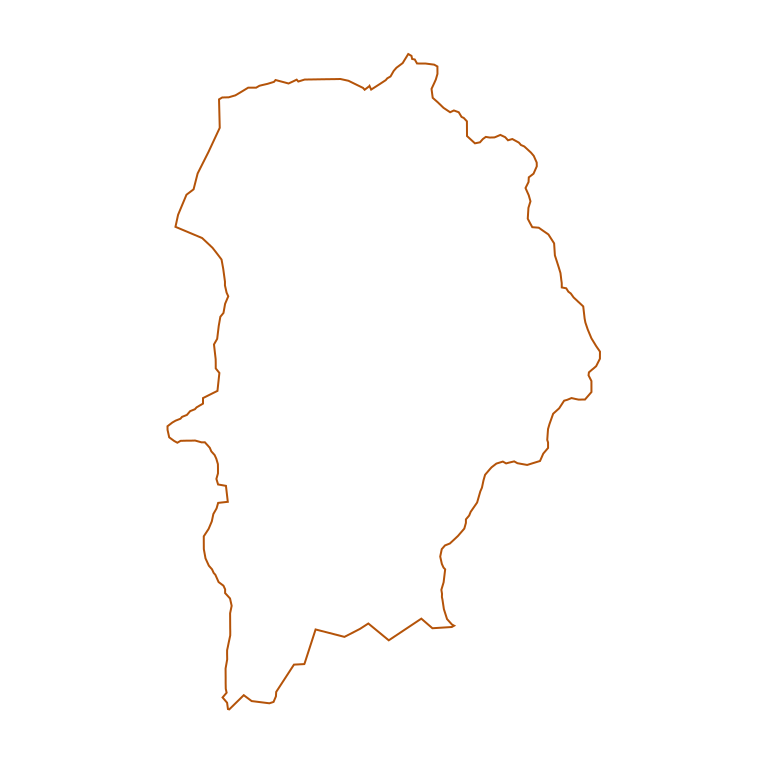 Qua'An Pan, Plateau, Nigeria, rotated 182°
{"feature_id": "59680162B7635361694273", "entity_name": "Qua'An Pan", "entity_type": "district", "adm_level": 2, "iso_a3": "NGA", "parent_name": "Nigeria", "parent_adm1": "Plateau", "projection": "robinson", "projection_center": [9.159, 8.775], "detail": "fine", "context": "isolated", "style": "outline", "palette": "amber", "viewbox_px": 768, "rotation_deg": 182, "n_neighbors": 0, "source": "geoboundaries", "source_scale": "gbopen_adm2", "svg_char_len": 3871}
<svg xmlns="http://www.w3.org/2000/svg" viewBox="0 0 768 768"><g transform="rotate(182 384 384)"><path d="M256.6,628.9L257.7,630.0L264.3,633.3L268.6,631.9L271.5,634.9L276.4,637.0L280.6,635.0L282.2,634.3L287.0,634.0L290.9,634.5L293.8,632.2L296.5,628.9L301.5,627.7L305.5,631.1L309.7,634.7L310.0,642.1L310.3,649.4L313.6,652.7L315.8,653.6L318.8,658.2L323.7,659.8L327.4,657.9L330.0,659.5L334.2,662.1L340.2,667.5L345.3,671.7L345.9,675.2L346.8,680.6L344.3,686.5L342.8,690.2L341.4,695.8L341.7,703.2L345.0,704.9L353.5,705.7L359.6,705.5L362.2,705.5L364.6,709.4L367.2,709.8L368.0,712.9L371.3,714.6L375.0,708.1L376.5,705.4L382.6,700.5L385.2,697.3L388.2,691.6L391.4,689.6L392.9,687.7L399.0,683.4L407.1,677.8L408.9,681.4L409.1,681.1L413.6,677.4L415.3,679.2L430.1,685.8L438.3,687.3L441.5,687.1L456.1,686.4L465.8,685.9L473.9,685.5L480.2,683.3L481.9,685.1L484.0,684.0L485.3,683.3L489.9,681.0L493.7,681.9L503.0,684.0L504.5,682.1L510.9,679.9L516.5,678.4L518.9,677.7L522.1,675.7L530.1,675.4L536.5,671.2L541.8,667.8L542.8,667.2L543.8,666.9L549.2,665.1L555.7,664.7L558.8,662.7L557.1,634.3L567.5,609.8L577.6,587.9L581.1,571.9L588.0,566.3L595.7,545.9L597.9,533.8L570.8,523.5L560.1,514.1L555.0,508.0L550.7,502.7L548.7,493.5L548.4,491.8L546.5,480.7L546.4,477.0L544.5,469.8L542.7,466.2L545.6,458.6L546.9,449.4L549.9,445.5L551.2,436.2L552.3,423.3L555.3,417.6L553.1,402.9L552.9,399.2L552.7,393.7L548.9,389.3L549.3,383.8L550.2,371.3L554.5,369.0L564.4,363.6L564.2,358.1L570.5,354.1L572.1,352.2L576.8,350.1L579.9,346.2L584.7,344.1L586.2,342.2L591.0,340.1L594.2,338.1L598.9,334.2L598.7,330.5L596.8,323.2L591.8,319.8L588.5,318.1L585.3,320.1L578.9,320.5L575.6,320.6L570.8,320.9L564.2,319.3L561.0,319.5L557.6,316.0L555.9,314.2L554.2,310.6L550.8,307.1L549.0,303.5L547.2,298.1L547.0,294.4L546.8,288.9L548.2,283.3L546.3,277.8L538.4,276.7L536.0,260.8L545.6,259.4L547.0,253.8L550.0,248.1L551.3,240.7L554.2,233.1L556.8,228.8L558.8,225.5L558.6,220.0L558.3,212.7L556.3,203.5L552.7,196.3L549.4,192.8L547.6,189.2L545.9,187.5L542.4,180.3L537.4,176.8L535.6,173.2L535.5,169.5L533.8,167.8L530.4,164.3L528.5,157.0L529.8,149.5L529.5,142.2L529.2,134.8L529.0,131.1L528.9,127.4L530.2,120.0L530.9,115.8L531.5,112.5L531.4,108.9L531.1,103.3L532.4,94.1L532.0,84.9L531.8,79.3L531.5,73.8L530.5,70.0L534.4,65.1L529.7,60.0L528.6,53.7L527.3,53.4L513.3,68.1L505.2,62.5L487.4,60.9L483.3,62.4L481.1,68.1L481.0,72.5L464.2,100.4L453.9,101.3L453.7,101.6L443.8,136.3L414.7,129.9L399.5,138.4L391.3,144.1L370.3,128.0L338.5,150.8L327.1,141.6L307.8,143.5L305.5,144.9L307.7,146.0L310.6,149.0L312.8,151.3L316.3,161.1L318.1,170.8L318.7,173.1L318.7,176.4L319.5,180.3L317.5,187.9L316.4,200.9L318.1,202.6L319.9,206.2L321.8,213.5L320.5,221.0L317.4,224.8L312.6,226.9L304.8,234.7L298.7,242.3L297.3,248.0L297.4,251.6L294.3,255.5L292.9,259.3L286.8,268.8L284.0,280.0L282.5,283.8L281.2,291.2L279.8,296.8L275.2,302.6L273.6,304.5L268.9,308.4L262.5,310.6L259.2,308.9L256.6,309.7L251.2,311.2L247.9,309.5L238.1,308.1L231.8,310.3L225.4,312.5L223.9,316.2L222.4,320.0L217.8,325.8L218.0,331.3L218.9,333.8L218.8,336.7L218.5,344.7L217.2,349.8L213.9,360.2L208.1,365.8L203.4,373.6L200.3,374.6L196.1,376.5L192.0,375.7L189.0,375.2L182.6,375.5L179.2,379.7L176.4,383.2L176.8,394.2L179.9,399.8L179.6,402.8L176.6,405.6L175.4,406.6L172.6,409.2L169.1,416.8L169.3,423.9L173.3,429.3L178.3,436.9L182.3,445.6L184.9,452.5L185.8,456.5L187.6,468.5L192.3,472.6L192.6,472.8L194.0,474.1L197.5,477.1L200.5,481.0L203.0,482.7L205.2,486.0L209.7,486.7L209.9,491.1L210.4,493.9L211.0,497.8L211.5,501.0L213.3,506.3L215.7,513.0L217.7,518.5L218.9,530.5L224.9,539.2L229.9,542.4L234.8,545.6L241.3,545.9L243.6,549.8L246.1,554.2L245.8,565.1L244.0,571.7L245.2,575.4L245.9,577.6L248.5,582.9L249.4,584.8L248.3,587.2L246.6,590.9L246.5,595.6L241.9,599.4L238.9,606.9L239.1,610.6L242.3,617.2L245.2,620.4L250.1,624.6L252.1,626.3L255.6,627.7L256.6,628.9Z" fill="none" stroke="#b45309" stroke-width="2"/></g></svg>